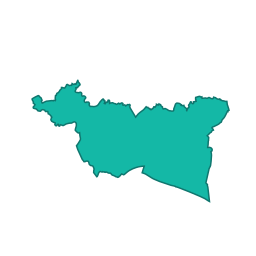 Tha Wung, Lop Buri, Thailand (Mercator projection), rotated 108°
{"feature_id": "78962969B60837596961225", "entity_name": "Tha Wung", "entity_type": "district", "adm_level": 2, "iso_a3": "THA", "parent_name": "Thailand", "parent_adm1": "Lop Buri", "projection": "mercator", "projection_center": [100.49, 14.806], "detail": "fine", "context": "isolated", "style": "filled", "palette": "teal", "viewbox_px": 256, "rotation_deg": 108, "n_neighbors": 0, "source": "geoboundaries", "source_scale": "gbopen_adm2", "svg_char_len": 5891}
<svg xmlns="http://www.w3.org/2000/svg" viewBox="0 0 256 256"><g transform="rotate(108 128 128)"><path d="M72.1,42.2L72.6,43.6L72.6,45.2L72.9,46.6L72.8,48.3L72.4,48.4L72.0,49.7L72.6,49.9L72.5,50.5L72.7,51.0L72.8,52.1L72.4,53.6L72.1,54.1L72.3,54.5L72.2,55.1L72.2,56.1L73.5,56.1L73.9,56.4L74.1,56.8L74.3,58.2L73.9,59.9L74.1,60.7L75.1,61.6L75.4,62.0L75.5,63.6L76.9,66.7L75.5,67.4L76.0,68.1L75.9,69.0L75.7,69.4L76.0,70.2L78.0,73.1L79.0,72.9L79.8,72.3L80.2,72.4L80.4,72.0L81.0,71.9L81.6,71.5L82.8,73.7L83.8,73.3L84.5,73.4L84.8,73.9L84.9,74.3L84.2,75.6L83.7,75.7L83.8,76.6L84.9,76.8L85.8,76.8L87.4,77.4L88.0,77.3L88.9,76.5L89.5,76.5L90.8,77.3L93.3,77.5L93.2,77.7L91.7,77.8L90.3,81.2L89.2,81.8L90.0,83.4L90.1,84.3L90.1,84.5L89.3,84.5L89.3,85.1L88.8,86.3L88.8,86.9L89.0,88.4L89.4,89.5L90.5,90.2L94.5,90.3L95.2,90.4L97.0,90.0L97.8,90.3L98.4,91.4L98.5,92.6L98.7,93.4L98.8,94.6L98.2,97.0L98.0,98.7L98.1,99.0L98.4,99.3L99.0,100.4L97.6,101.8L97.3,101.8L96.7,103.4L96.0,104.3L95.7,104.3L95.7,104.9L95.9,105.1L95.5,106.0L96.5,106.3L96.6,106.5L96.9,106.5L96.6,107.5L96.6,108.3L97.5,108.0L99.7,108.7L99.7,109.2L99.9,109.2L99.9,110.0L101.7,110.3L101.9,110.6L102.5,110.9L103.2,111.4L103.0,111.8L103.3,112.0L103.1,112.4L103.5,112.6L103.2,113.2L103.0,113.8L102.8,113.8L102.8,114.8L102.2,115.5L102.6,116.5L102.2,117.3L105.8,118.8L109.2,121.2L111.5,122.6L115.3,124.1L108.5,131.9L107.3,132.9L106.5,133.0L105.7,133.0L105.2,133.5L105.1,133.8L105.7,134.4L105.7,135.3L105.9,135.7L106.4,136.1L106.8,136.3L107.7,137.0L107.1,137.9L107.0,138.2L107.6,139.3L107.8,139.6L107.8,139.9L107.1,140.3L106.4,140.3L106.1,140.8L106.0,141.4L106.3,142.1L107.0,142.4L107.1,142.9L107.7,143.4L107.7,143.8L107.3,144.3L107.3,144.7L108.5,145.6L109.1,146.4L108.8,147.5L109.0,149.1L108.8,149.7L108.7,150.4L109.6,152.3L110.3,153.1L109.1,153.4L108.8,153.6L107.9,153.9L107.4,154.5L107.5,155.1L107.9,155.6L108.8,155.2L109.4,155.2L109.5,155.7L110.0,155.8L110.0,156.3L110.1,156.6L112.0,157.2L112.0,157.8L111.9,158.2L111.2,158.0L109.4,158.3L109.3,159.4L108.5,159.7L108.1,160.7L109.4,161.6L110.4,162.0L111.4,162.5L115.0,163.5L116.5,164.4L117.4,165.5L118.2,167.0L118.7,169.3L119.2,170.6L118.2,172.0L117.9,172.2L117.0,172.1L116.1,172.7L115.7,173.2L115.6,173.6L116.1,175.4L116.5,175.6L116.8,176.1L116.8,176.9L116.6,177.3L115.8,178.0L115.3,178.1L114.2,178.1L112.6,177.5L112.3,177.5L111.7,177.9L111.2,178.8L111.1,179.5L111.2,180.2L111.8,181.1L111.7,181.7L111.0,182.2L109.4,182.7L108.9,183.2L108.7,183.7L108.7,184.5L109.7,185.8L110.1,188.3L110.0,189.0L109.6,189.5L108.9,189.7L107.5,189.4L107.0,189.4L106.7,189.5L106.2,190.1L105.8,190.1L105.5,189.6L105.6,189.1L105.2,188.5L103.8,188.1L101.9,187.0L101.6,187.0L101.1,187.3L100.2,188.3L99.8,189.3L98.4,190.3L97.7,190.6L98.8,190.6L101.0,190.9L102.0,190.8L102.1,191.3L102.6,191.4L102.7,191.8L102.5,192.2L102.6,192.4L102.8,192.7L103.2,192.8L103.4,193.5L103.0,194.9L104.9,194.8L105.1,195.8L105.8,196.8L105.6,198.0L105.3,198.9L105.4,199.3L105.7,199.7L106.0,199.8L107.6,199.9L108.6,200.3L109.6,200.6L109.7,201.0L109.8,203.4L110.0,203.8L110.9,203.4L112.2,203.9L113.2,204.5L114.4,204.6L116.1,205.4L116.8,206.2L117.5,206.4L119.0,206.3L119.4,206.9L119.6,207.0L122.3,206.4L123.6,205.6L124.4,205.6L124.5,206.9L125.2,207.4L125.4,208.8L127.8,214.0L129.8,216.2L130.6,216.8L130.7,217.3L130.7,217.6L130.1,217.9L129.4,218.6L129.1,218.7L128.2,218.3L126.3,219.9L126.1,220.2L125.8,221.3L125.0,222.5L124.9,223.3L125.0,223.5L127.1,225.7L129.3,227.7L130.1,228.2L131.1,227.5L132.3,226.1L133.6,225.8L133.8,225.1L134.2,224.5L134.5,223.7L135.7,223.9L137.2,224.6L137.8,224.5L138.4,224.0L138.3,221.0L138.7,220.3L139.0,219.6L139.4,219.3L139.4,217.9L139.1,216.5L138.5,216.1L137.8,216.0L136.8,214.7L136.8,212.6L137.4,212.1L137.8,211.6L137.1,209.4L139.2,208.2L139.2,207.1L139.5,206.3L140.1,205.6L140.5,204.8L140.5,204.5L140.7,204.3L141.0,204.1L141.3,203.8L141.7,204.1L142.4,203.9L143.6,204.0L144.3,203.7L144.6,203.1L145.1,202.8L145.6,200.6L145.6,198.9L146.0,198.7L147.4,198.6L148.1,197.7L148.1,197.1L147.9,196.6L146.4,196.1L146.0,195.6L146.1,195.2L147.2,194.7L147.5,194.1L147.3,193.6L146.2,193.4L145.7,193.1L145.7,192.6L145.8,190.8L145.6,190.2L143.2,188.0L141.6,185.4L140.7,183.1L139.2,181.7L138.7,181.0L138.7,180.2L139.4,178.7L141.3,178.0L142.1,177.8L145.4,177.7L146.5,177.4L147.4,175.8L148.1,173.9L148.0,173.4L147.4,172.6L149.9,171.5L152.4,170.1L153.2,169.8L154.1,169.7L156.0,170.1L158.8,170.8L160.8,171.5L163.9,169.2L172.1,161.7L173.1,160.0L173.6,159.6L173.4,158.6L172.3,157.3L172.1,156.7L172.0,155.6L172.5,154.9L174.4,153.7L174.7,153.3L175.2,152.0L175.0,150.4L175.1,149.9L175.2,149.4L177.5,147.5L178.7,147.5L181.0,146.9L183.5,143.3L184.0,142.8L183.7,142.3L182.3,142.1L179.6,142.0L178.3,141.5L177.9,140.9L178.0,139.7L177.7,138.7L177.3,138.6L177.3,136.9L177.1,136.8L177.1,136.1L176.9,136.1L176.9,135.5L176.5,134.7L176.9,132.8L176.4,130.6L176.6,130.2L177.3,129.3L177.6,128.5L177.7,126.1L178.1,124.4L178.0,123.7L177.9,123.1L178.1,122.6L177.9,122.2L177.2,121.5L176.6,121.4L175.7,120.6L174.4,120.3L173.9,119.8L173.7,119.8L173.8,117.6L173.1,117.0L169.7,114.9L168.0,113.6L165.2,110.8L163.0,108.0L161.6,105.9L160.1,102.9L159.3,100.8L166.2,100.7L166.3,97.3L168.3,89.3L168.6,87.4L169.1,81.4L169.2,69.3L168.9,66.3L168.9,64.9L169.2,64.5L169.0,63.9L169.1,62.9L169.0,62.3L169.7,50.5L170.7,38.6L171.4,33.2L172.5,29.0L172.7,27.8L159.6,33.8L157.9,34.9L157.2,35.0L156.4,36.6L156.0,37.0L141.7,38.3L138.8,37.9L138.1,37.9L134.0,38.7L128.3,40.1L126.8,40.7L124.8,41.8L123.9,41.1L122.7,41.2L121.7,41.9L121.2,43.0L121.2,43.9L121.3,44.7L121.9,46.2L119.0,46.7L115.7,47.6L114.7,47.6L113.6,48.0L112.3,48.2L111.9,48.5L110.9,50.3L107.2,48.4L106.2,47.5L105.2,47.4L104.3,47.0L103.6,46.1L102.9,46.7L102.2,48.0L101.9,48.2L101.5,48.2L100.8,47.7L100.3,47.0L97.2,43.8L95.9,42.7L94.3,41.8L93.6,41.1L91.1,41.0L89.3,40.1L87.4,39.5L85.1,39.1L82.1,38.7L81.9,38.7L81.6,38.0L80.7,38.5L80.0,37.4L78.9,38.0L74.9,40.9L72.1,42.2Z" fill="#14b8a6" stroke="#0f766e" stroke-width="1.5"/></g></svg>